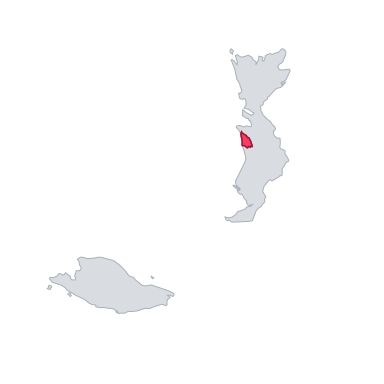 Subis, Sarawak, Malaysia (highlighted), rotated 311°
{"feature_id": "92858781B11912366303886", "entity_name": "Subis", "entity_type": "district", "adm_level": 2, "iso_a3": "MYS", "parent_name": "Malaysia", "parent_adm1": "Sarawak", "projection": "natural_earth1", "projection_center": [113.752, 3.765], "detail": "fine", "context": "in_parent", "style": "filled", "palette": "rose", "viewbox_px": 384, "rotation_deg": 311, "n_neighbors": 0, "source": "geoboundaries", "source_scale": "gbopen_adm2", "svg_char_len": 5333}
<svg xmlns="http://www.w3.org/2000/svg" viewBox="0 0 384 384"><g transform="rotate(311 192 192)"><path d="M331.1,190.7L329.0,190.3L326.0,188.2L323.0,187.4L314.2,187.4L313.0,186.8L311.2,188.0L308.2,186.9L306.4,187.1L304.5,188.4L301.7,187.2L300.4,189.1L298.6,190.3L296.7,195.3L296.3,201.4L296.7,205.1L295.8,207.2L295.5,211.4L294.8,213.3L292.3,214.1L291.2,213.5L289.0,216.1L288.5,217.1L288.4,221.2L290.1,222.6L290.1,223.4L286.5,226.9L283.3,228.9L282.9,230.6L284.1,234.2L283.6,235.9L281.9,236.8L280.7,241.4L279.2,244.4L278.7,244.7L276.5,243.7L268.2,245.0L265.8,247.5L263.4,249.0L261.5,247.5L260.6,247.7L252.8,245.1L252.5,242.8L251.7,242.4L243.7,242.6L238.7,245.0L236.9,250.8L234.2,251.4L232.3,253.4L228.8,253.2L226.7,253.8L223.3,252.8L220.1,252.7L209.9,256.4L206.7,253.7L196.7,243.3L195.3,241.5L195.0,238.3L193.9,237.7L193.5,236.8L193.4,235.9L194.9,233.3L196.5,236.6L198.9,238.5L203.2,239.8L207.2,239.4L212.8,242.8L214.7,243.3L216.6,243.1L220.1,245.7L222.2,245.8L219.4,244.0L218.9,242.6L219.2,241.1L221.1,239.0L221.3,235.8L222.7,232.6L223.0,231.0L222.0,229.9L221.8,227.9L222.6,225.2L224.4,226.6L226.0,226.3L226.0,221.2L227.2,219.1L229.1,217.6L248.2,212.6L251.4,211.4L253.5,209.9L260.4,199.3L268.6,189.3L269.7,185.8L269.6,183.3L270.1,182.7L271.0,182.4L272.8,183.7L273.7,184.6L275.4,188.9L277.0,189.1L279.7,193.2L280.3,193.7L281.1,193.4L283.2,190.8L283.8,188.8L283.3,188.6L284.3,186.3L283.4,184.9L282.7,179.9L287.5,176.3L287.5,180.4L288.8,186.4L291.2,187.2L292.5,186.9L291.8,185.1L291.6,181.5L290.9,179.2L289.4,176.3L293.4,175.6L296.5,172.4L297.0,170.4L295.0,169.2L294.2,167.7L294.2,166.1L297.3,162.3L297.7,163.4L299.7,163.7L300.6,163.6L302.0,162.1L302.7,159.9L305.1,156.8L306.5,151.9L312.6,144.1L317.4,134.8L318.3,135.5L318.6,138.0L317.6,142.4L319.7,141.3L323.4,135.2L325.5,136.2L325.4,137.9L326.2,141.0L332.3,145.0L333.1,149.0L331.8,150.5L332.3,154.4L331.8,155.6L329.8,156.7L335.2,155.6L338.4,153.4L340.3,157.2L337.2,158.7L337.9,160.3L340.8,159.3L342.6,158.0L344.4,158.3L347.2,159.8L348.0,160.7L348.6,162.5L350.6,163.2L354.8,165.8L358.6,165.7L359.9,167.0L359.8,170.3L357.8,172.3L349.9,175.0L347.8,174.9L344.9,173.9L342.9,174.5L341.6,177.7L344.0,180.9L348.0,184.2L348.6,185.0L347.8,186.6L338.6,189.2L336.6,188.9L333.2,187.3L331.1,190.7ZM32.2,145.7L33.2,141.1L34.7,140.9L36.1,143.5L40.9,145.5L42.4,144.9L43.1,145.3L43.8,146.0L45.1,149.6L48.2,149.6L48.5,155.3L47.1,157.5L46.9,159.0L49.1,161.6L50.5,161.0L51.6,158.6L56.7,156.3L58.8,158.8L60.8,158.8L62.2,157.9L63.3,154.8L65.3,152.5L66.1,149.6L69.1,150.4L70.2,151.0L73.5,157.2L77.9,161.5L81.1,163.9L83.1,166.2L88.5,177.3L89.1,180.8L89.4,186.3L88.5,194.6L87.5,198.7L87.7,200.7L89.1,203.6L88.6,206.5L88.8,215.3L90.5,218.4L95.2,222.3L102.1,239.3L103.3,244.1L102.6,246.0L101.4,246.4L100.3,245.5L99.7,243.2L98.0,241.3L98.2,244.6L95.2,244.2L93.1,244.7L90.6,247.1L89.4,247.1L87.3,242.8L79.4,237.9L76.5,236.7L73.5,233.0L66.6,228.9L62.2,224.9L60.3,222.4L55.9,220.3L53.9,217.7L52.0,216.3L53.0,213.8L52.1,209.0L49.0,204.6L47.4,201.6L44.5,198.6L42.2,194.8L43.5,193.7L41.2,189.7L40.5,186.7L40.5,181.2L38.1,173.4L36.1,162.6L36.5,158.8L36.0,154.7L32.2,145.7ZM323.6,131.2L322.6,132.3L322.3,129.4L323.7,127.9L325.7,127.6L325.8,130.2L325.3,130.9L323.6,131.2ZM27.6,145.2L28.8,147.3L27.9,148.5L27.1,148.2L25.8,149.2L24.3,147.1L24.1,146.1L25.9,146.3L27.6,145.2ZM225.1,225.6L224.6,225.8L223.8,225.1L223.6,219.1L224.1,218.6L224.9,219.7L225.1,225.6ZM35.8,166.1L34.5,169.0L33.3,168.7L33.5,165.4L34.2,165.0L35.8,166.1ZM336.4,190.4L334.1,190.8L332.4,190.8L332.6,189.2L333.4,188.9L336.4,190.4ZM102.2,219.3L100.9,219.4L100.6,218.6L101.6,216.5L102.2,219.3ZM52.4,214.2L51.6,214.6L51.7,213.3L52.3,212.6L52.4,214.2Z" fill="#d9dde1" stroke="#a8b0b8" stroke-width="1"/><path d="M261.9,205.1L262.2,205.1L262.5,205.1L262.8,204.9L263.0,204.8L263.2,205.0L263.3,205.0L263.6,205.2L263.8,205.3L263.9,205.5L264.0,205.6L264.3,205.8L264.3,206.0L264.2,206.0L263.9,206.4L263.9,206.6L264.1,206.7L264.3,206.6L264.7,206.4L264.8,206.4L265.0,206.4L265.1,206.5L265.2,206.8L265.3,207.0L265.5,207.4L265.5,207.5L265.8,207.7L266.0,207.7L266.3,207.2L266.4,206.9L266.5,206.8L266.6,206.7L266.8,206.6L267.0,206.4L267.2,206.1L267.3,205.9L267.4,205.7L267.5,205.1L267.6,204.9L267.7,204.7L267.8,204.6L268.0,204.4L268.2,203.7L268.7,203.5L268.8,203.1L268.9,202.9L269.0,202.8L269.2,201.9L269.4,201.6L269.6,201.4L269.7,201.2L269.8,200.7L269.9,200.3L270.1,200.0L270.3,199.8L270.0,199.2L269.8,199.0L269.6,198.8L269.7,198.5L270.0,198.3L270.0,198.0L269.9,197.7L269.7,197.3L269.7,197.0L269.8,196.7L270.0,196.6L270.3,196.2L270.3,195.5L270.3,195.0L270.1,194.6L270.0,194.4L269.9,193.9L269.8,193.6L269.7,193.2L269.7,192.9L269.8,192.2L269.7,191.8L269.6,191.5L269.4,191.2L269.3,190.9L269.6,190.7L269.8,190.5L269.7,190.3L269.9,189.9L269.1,190.1L268.8,190.3L268.5,190.3L268.2,190.5L267.6,191.1L267.1,191.7L266.9,192.3L266.7,192.4L266.6,192.2L266.6,191.9L266.4,192.5L266.1,193.0L265.7,193.6L265.1,194.3L264.9,194.6L264.5,195.1L262.7,196.9L262.4,197.3L261.3,198.1L260.9,198.4L260.1,199.0L260.0,199.4L260.0,199.5L260.0,199.9L260.4,200.1L260.6,200.3L260.8,200.5L261.0,200.6L261.1,200.9L261.2,201.1L261.2,201.3L261.3,201.4L261.4,201.6L261.5,201.7L261.6,201.9L261.6,202.1L261.6,202.3L261.6,202.5L261.5,202.9L261.4,203.1L261.4,203.3L261.4,203.6L261.4,204.1L261.4,204.3L261.5,204.7L261.5,204.8L261.7,205.0L261.9,205.1Z" fill="#f43f5e" stroke="#9f1239" stroke-width="1.5"/></g></svg>